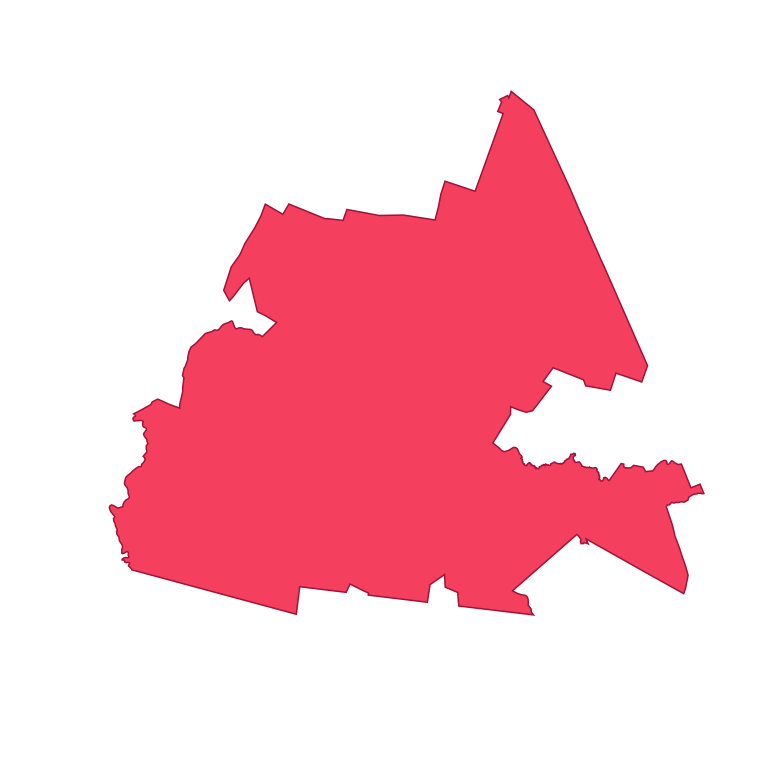 Frances Baard, Northern Cape, South Africa, rotated 79°
{"feature_id": "47623444B47551800403987", "entity_name": "Frances Baard", "entity_type": "district", "adm_level": 2, "iso_a3": "ZAF", "parent_name": "South Africa", "parent_adm1": "Northern Cape", "projection": "orthographic", "projection_center": [24.486, -28.328], "detail": "fine", "context": "isolated", "style": "filled", "palette": "rose", "viewbox_px": 768, "rotation_deg": 79, "n_neighbors": 0, "source": "geoboundaries", "source_scale": "gbopen_adm2", "svg_char_len": 6163}
<svg xmlns="http://www.w3.org/2000/svg" viewBox="0 0 768 768"><g transform="rotate(79 384 384)"><path d="M416.3,121.8L310.2,145.6L310.4,145.7L269.5,155.0L269.5,154.7L255.1,158.2L227.5,164.1L143.5,184.6L121.0,203.3L127.0,206.9L124.4,207.6L126.8,216.2L129.5,214.7L138.2,220.4L141.2,215.4L212.2,257.8L196.6,285.4L208.4,291.9L220.8,296.9L232.7,302.6L221.9,332.6L217.6,356.8L205.6,387.1L215.6,393.0L210.8,408.3L210.6,410.2L189.2,443.0L198.1,450.9L184.8,466.2L195.6,472.8L205.5,480.6L219.6,493.8L229.5,500.7L239.9,511.6L261.5,523.5L272.8,519.8L269.6,515.5L258.3,502.7L254.4,496.1L288.9,494.5L294.2,487.5L303.1,477.7L314.3,494.4L312.3,496.4L311.2,498.3L311.4,499.2L311.2,500.5L308.4,502.5L306.6,502.8L305.6,503.7L304.9,504.8L303.4,510.2L302.9,511.3L302.1,512.4L301.6,513.5L301.2,515.5L301.7,518.1L301.5,519.0L299.5,519.8L293.7,520.8L293.1,521.3L293.1,522.6L293.8,524.2L294.8,530.2L296.1,532.3L298.7,535.3L299.4,536.8L299.2,538.7L298.5,539.7L299.7,543.0L300.3,549.7L308.3,561.1L311.1,566.5L315.2,569.4L321.2,571.8L322.7,572.0L329.3,576.1L330.4,577.3L337.3,580.2L339.7,579.2L349.4,582.4L353.2,583.1L364.5,588.2L366.9,588.9L368.7,589.1L363.3,598.2L355.7,608.9L357.1,614.2L357.5,615.0L359.7,616.8L363.7,629.0L365.5,635.5L366.5,634.5L367.9,634.0L368.5,634.6L368.8,636.1L369.7,636.9L370.4,637.1L371.3,636.6L372.2,636.9L372.7,636.2L372.8,633.8L373.3,631.5L373.2,629.8L374.4,627.9L375.1,627.6L376.9,628.6L379.5,628.7L380.2,628.3L382.0,626.0L382.7,625.7L383.7,626.1L386.5,629.1L387.3,629.6L389.9,629.2L392.9,627.4L394.9,627.6L397.5,627.2L399.3,629.2L402.6,629.8L404.8,629.6L405.6,629.9L409.0,634.2L409.8,633.8L410.6,632.8L411.8,633.1L412.3,632.7L412.8,632.9L415.5,635.4L416.6,637.3L418.0,637.6L418.4,638.0L418.7,639.0L418.3,640.4L419.1,642.9L421.6,647.6L423.3,649.9L425.1,653.5L426.8,655.5L430.8,657.4L432.7,657.8L433.6,657.6L436.7,656.0L438.7,655.6L440.6,655.6L442.2,656.1L445.8,655.5L446.9,655.8L447.9,656.9L448.5,659.3L450.3,661.6L452.2,663.0L454.8,663.9L454.7,665.1L455.0,668.3L454.8,669.3L451.9,672.4L450.7,674.5L451.2,676.0L452.5,677.1L454.3,677.1L457.1,676.6L462.8,673.6L463.7,673.9L464.2,675.1L464.6,675.3L467.5,675.3L469.5,674.6L472.3,674.6L475.7,673.8L476.8,673.8L477.1,674.2L478.2,674.8L479.0,674.6L479.8,674.9L481.1,674.7L483.5,673.4L487.6,673.6L491.7,671.9L493.6,671.7L495.0,672.0L495.9,672.8L500.0,673.7L500.6,673.2L500.6,671.6L499.4,668.5L500.4,667.3L501.2,667.1L503.0,667.8L504.6,667.4L505.4,667.7L505.6,668.7L505.1,670.3L505.1,672.6L505.8,674.3L506.7,674.7L507.4,672.8L507.9,672.5L509.2,672.5L509.9,671.6L510.2,671.1L510.2,669.4L511.0,667.9L511.5,667.9L512.2,668.6L513.7,669.5L517.2,667.2L518.3,667.0L593.3,514.0L566.9,505.4L581.3,460.9L573.9,455.5L583.0,443.7L586.2,439.1L588.2,439.8L606.5,383.1L589.7,377.1L582.6,360.9L595.1,362.7L602.7,351.4L616.2,353.0L639.2,281.3L636.4,282.8L632.7,282.6L628.9,284.6L623.8,283.7L621.6,283.7L619.7,284.3L618.2,285.9L617.3,289.0L614.7,293.4L612.2,296.6L611.5,297.3L568.5,223.4L570.4,222.0L574.1,220.3L576.3,221.3L578.4,221.0L578.5,218.9L579.2,219.4L578.2,218.4L578.3,217.2L579.0,215.2L579.9,214.1L574.6,215.2L618.0,164.2L647.0,129.8L642.4,127.1L629.8,122.0L620.3,122.7L609.6,124.3L601.9,125.2L588.8,127.4L577.6,127.8L558.5,130.3L556.8,128.8L556.7,128.3L557.1,127.3L557.0,126.7L555.2,124.3L555.2,123.8L555.9,123.0L556.2,122.2L556.2,121.3L555.8,120.1L556.4,118.8L556.3,114.7L557.3,111.8L555.9,107.7L553.3,106.5L551.7,102.4L551.3,99.6L551.6,97.9L551.2,96.4L551.9,93.4L552.5,92.8L552.5,90.9L542.6,92.9L544.5,102.5L519.4,107.3L519.2,107.7L519.4,108.4L519.1,109.7L519.2,110.9L518.7,111.1L518.3,112.1L517.8,112.2L517.1,113.5L515.4,114.7L514.3,116.1L514.5,116.9L516.6,119.0L517.1,120.0L517.1,120.7L516.2,121.5L515.4,121.2L514.9,121.5L514.2,121.3L513.0,121.8L512.4,123.6L513.2,126.8L515.4,130.9L517.2,133.3L519.2,135.1L520.5,136.9L519.9,143.9L515.1,145.4L511.5,154.4L513.4,157.8L512.4,163.0L511.0,164.4L508.4,163.9L507.3,166.3L521.8,181.5L521.3,181.7L521.0,182.3L518.8,183.3L517.8,184.8L517.9,185.9L518.1,185.8L518.3,186.3L520.2,187.3L520.9,188.6L520.9,189.3L518.9,190.4L518.9,191.1L518.6,191.3L518.0,190.9L518.0,190.5L516.9,190.3L516.6,190.0L516.1,190.3L515.3,189.9L514.9,190.4L514.3,190.5L514.0,190.2L511.8,190.2L511.7,190.5L511.4,190.5L511.2,191.0L509.5,191.5L508.8,191.5L508.6,191.1L507.1,191.4L506.4,192.5L506.4,195.7L505.9,196.1L505.2,198.1L504.8,198.2L505.1,198.7L504.7,200.1L504.8,201.1L504.2,201.6L504.2,202.0L503.8,202.5L503.9,203.1L502.5,204.8L502.4,205.5L501.0,205.5L497.8,207.0L497.6,207.9L497.7,210.2L496.9,211.7L496.2,211.8L495.8,211.6L495.0,212.2L494.6,212.1L494.4,212.4L493.0,212.5L492.2,212.3L490.9,211.2L490.9,210.6L490.6,210.5L490.8,210.0L490.3,209.6L489.0,209.6L488.7,209.9L488.3,210.9L488.7,211.0L488.5,211.5L488.8,212.2L488.6,214.0L489.8,214.7L490.3,214.6L490.4,215.1L492.4,216.8L492.9,218.7L492.7,219.2L493.6,219.9L494.1,221.4L494.7,221.3L495.4,222.2L495.4,222.7L495.6,222.8L495.7,223.3L496.1,223.4L496.1,224.4L496.5,224.9L496.1,225.2L496.2,225.7L495.7,225.9L495.8,227.5L494.4,230.1L493.2,231.3L494.1,235.3L494.3,235.6L495.6,236.1L495.3,237.8L494.7,238.1L494.6,239.3L494.0,239.7L494.3,240.5L494.0,240.9L493.6,240.9L493.8,241.4L494.4,241.6L493.9,241.8L493.6,242.5L494.0,242.8L493.7,243.2L494.1,243.7L494.0,244.8L494.9,245.9L494.8,246.5L495.1,247.3L495.9,247.4L496.6,248.8L496.2,249.0L495.9,249.9L496.3,250.9L495.7,251.1L495.0,250.8L494.9,251.1L495.1,251.3L494.4,251.8L494.3,251.4L494.0,251.6L493.6,251.6L493.0,252.0L493.2,252.4L492.4,253.7L492.1,253.7L492.2,254.3L491.7,254.5L491.5,254.9L490.8,254.9L490.8,255.3L490.5,255.1L489.9,255.6L489.1,255.8L489.0,256.5L489.3,256.9L489.2,257.2L490.4,259.0L491.2,259.3L491.1,259.9L491.3,260.1L490.5,261.3L490.0,261.3L489.3,262.1L489.0,261.7L488.4,262.5L487.2,262.9L486.6,262.8L486.3,262.5L485.6,262.9L484.8,262.6L484.0,262.7L483.2,263.8L482.9,263.5L483.0,263.1L482.3,262.9L482.1,262.4L480.4,262.9L478.5,264.3L474.1,265.2L472.8,265.7L471.6,266.8L471.1,268.0L471.0,269.1L472.9,274.1L473.4,278.2L473.1,279.5L471.7,281.3L469.1,282.9L462.7,288.4L438.0,265.6L430.5,264.0L435.5,256.2L438.9,249.7L438.6,243.2L418.1,220.0L411.9,227.4L400.3,214.9L418.0,187.3L424.3,186.4L433.3,162.9L417.6,154.2L431.2,130.6L416.3,121.8Z" fill="#f43f5e" stroke="#9f1239" stroke-width="1.5"/></g></svg>